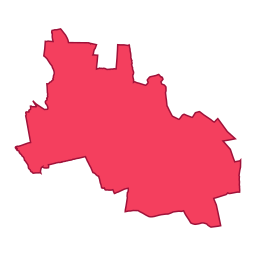 outline of Ciocani, Vaslui, Romania
{"feature_id": "2599482B54838124288595", "entity_name": "Ciocani", "entity_type": "district", "adm_level": 2, "iso_a3": "ROU", "parent_name": "Romania", "parent_adm1": "Vaslui", "projection": "natural_earth1", "projection_center": [27.58, 46.249], "detail": "fine", "context": "isolated", "style": "filled", "palette": "rose", "viewbox_px": 256, "rotation_deg": 0, "n_neighbors": 0, "source": "geoboundaries", "source_scale": "gbopen_adm2", "svg_char_len": 5601}
<svg xmlns="http://www.w3.org/2000/svg" viewBox="0 0 256 256"><path d="M125.2,211.7L128.6,211.0L130.2,211.0L133.1,210.5L138.3,210.6L139.3,211.4L142.7,213.1L146.2,215.2L149.0,216.6L150.4,216.8L151.9,216.8L154.1,216.5L159.3,215.1L161.2,214.7L165.6,214.1L168.2,214.0L170.9,213.0L173.3,211.9L178.8,211.2L181.5,211.4L183.6,210.8L185.4,214.4L186.4,216.0L188.8,219.6L190.2,221.9L190.6,222.6L190.8,222.9L192.3,223.6L194.3,224.2L195.4,224.3L198.2,223.9L199.9,223.5L201.9,222.9L203.7,223.0L206.7,223.9L207.7,225.0L208.3,225.5L210.5,226.9L211.0,227.1L218.2,226.2L220.7,225.7L218.2,213.6L216.3,204.9L214.1,199.7L213.7,198.4L217.5,197.3L224.0,195.2L226.0,194.6L227.0,193.8L227.5,193.0L227.7,192.9L227.9,192.9L228.5,193.4L229.1,193.5L229.9,193.5L237.4,192.1L239.6,192.1L239.7,190.3L239.5,186.9L239.6,186.3L239.4,185.5L239.3,184.9L239.5,181.9L239.2,179.4L239.4,176.4L239.0,175.6L239.8,170.1L240.5,167.2L240.6,163.0L240.6,160.0L239.9,160.8L239.1,161.0L234.7,161.8L233.2,157.8L230.3,149.3L223.0,141.0L229.6,139.9L235.3,138.8L227.3,131.6L217.8,118.6L216.3,120.0L214.5,122.0L213.9,121.9L212.7,121.2L210.8,119.6L203.8,114.9L199.8,111.8L199.3,111.6L195.4,112.7L192.6,117.1L192.1,117.4L190.9,117.0L186.7,115.4L184.3,114.3L183.9,114.3L182.6,115.0L182.1,115.5L179.4,119.1L179.1,119.3L178.7,119.3L172.4,116.2L171.7,115.1L169.0,109.8L168.2,108.1L167.3,106.2L167.0,106.0L166.4,99.9L166.1,98.1L165.6,93.7L165.5,92.6L166.0,90.8L166.0,90.0L166.0,88.4L165.8,88.1L166.0,87.6L165.8,86.7L164.4,85.1L163.9,84.8L162.3,84.3L161.7,83.9L161.0,82.0L161.0,81.6L161.9,80.7L163.0,79.2L162.4,77.6L162.0,77.1L161.8,77.0L161.7,77.2L161.7,77.4L160.9,76.9L158.8,74.5L158.4,74.5L156.0,75.5L150.1,76.8L149.1,77.6L148.5,78.5L147.5,79.5L147.3,79.9L147.3,80.3L147.5,80.9L148.1,82.1L148.0,82.8L147.2,83.9L145.9,85.1L145.6,85.3L138.9,83.2L136.8,82.7L134.8,81.8L134.4,81.8L134.0,82.0L133.5,82.3L133.6,80.3L133.5,79.5L132.9,77.1L132.8,76.2L132.9,74.8L133.3,74.3L133.6,73.0L133.6,72.2L133.3,71.2L133.0,70.5L132.9,70.0L132.6,69.5L132.6,68.9L132.5,68.1L132.6,67.7L132.0,66.3L131.9,65.8L131.9,65.4L131.6,64.3L131.8,64.2L131.9,63.5L132.1,63.3L131.6,60.8L131.9,60.5L131.4,59.6L130.8,57.4L130.9,56.2L130.7,53.9L130.6,53.1L130.1,50.9L130.0,49.0L129.4,46.6L129.5,46.0L129.1,44.9L128.5,45.3L127.5,45.4L124.1,44.9L120.4,44.9L117.7,44.7L117.5,49.8L117.0,58.2L116.1,68.9L115.3,68.9L114.1,68.7L113.6,69.0L113.0,68.9L112.4,69.2L112.0,69.1L111.0,69.0L110.6,69.1L110.2,69.4L109.7,69.2L109.4,69.4L107.9,69.3L107.1,69.5L106.8,69.4L105.3,68.6L104.1,68.3L103.3,68.3L102.8,68.5L101.1,68.3L100.1,68.4L99.7,68.1L99.4,68.2L98.5,68.6L98.0,68.6L96.5,69.1L96.6,66.4L97.2,61.2L97.7,55.2L95.7,55.1L93.8,54.9L92.9,54.9L93.3,54.1L93.7,51.6L94.2,49.8L94.3,49.4L95.1,48.6L96.5,44.7L90.6,43.4L90.5,43.7L90.1,43.4L89.0,43.1L88.9,42.8L68.5,42.6L68.0,40.2L67.2,38.2L65.6,35.2L61.3,29.7L60.6,28.9L56.5,29.8L54.8,29.8L53.0,30.3L52.1,30.4L51.8,31.2L51.7,32.3L51.8,33.0L52.2,33.1L52.3,34.6L52.2,36.5L52.3,37.8L52.6,39.3L53.1,41.5L49.6,41.3L48.2,41.1L47.5,41.2L46.7,41.5L45.3,41.3L44.8,48.4L43.8,55.9L44.9,56.7L46.9,58.6L50.2,63.7L52.0,66.0L52.5,67.8L53.1,68.8L53.5,69.8L54.1,71.6L54.2,72.6L54.2,73.7L54.1,74.2L53.6,75.4L53.4,76.2L53.4,76.8L53.5,77.3L53.0,78.2L53.1,78.5L52.9,78.8L53.0,79.4L53.2,79.6L53.1,79.8L51.9,80.7L51.3,81.6L49.6,82.4L49.4,82.8L49.2,83.1L48.3,83.8L46.8,83.8L46.8,84.0L47.2,84.3L47.0,84.9L47.0,85.8L47.1,86.3L47.4,92.8L47.5,92.9L47.6,93.3L47.7,94.0L47.5,95.7L47.8,96.8L47.2,97.5L47.2,98.2L46.8,98.2L46.7,98.5L47.1,99.4L46.9,100.0L46.3,100.4L45.6,101.1L45.4,101.5L45.3,102.1L45.7,103.6L46.2,104.1L46.9,105.1L47.2,105.5L47.6,106.8L47.8,107.0L47.9,108.1L47.8,108.8L47.7,109.0L47.3,109.3L45.8,109.4L44.4,109.5L37.1,104.7L35.7,103.7L33.3,101.3L33.2,101.5L33.7,102.1L35.9,105.6L36.5,106.2L36.4,106.4L36.1,106.8L33.5,106.7L32.3,106.7L31.6,106.4L31.0,106.0L30.4,106.2L30.6,107.0L30.6,108.5L30.5,109.4L29.1,110.1L28.9,110.4L29.0,111.8L28.8,112.0L26.6,111.9L25.8,112.3L25.8,112.6L25.8,113.2L26.2,114.1L26.0,115.3L25.9,115.6L25.7,115.8L26.3,118.7L30.6,142.5L28.1,143.0L20.6,145.7L17.7,146.5L17.3,146.2L16.0,146.7L16.2,146.9L16.3,147.3L15.8,147.4L15.8,147.6L15.4,147.8L15.7,148.3L16.4,148.4L17.3,148.8L17.2,149.2L16.5,149.4L17.0,150.2L17.3,150.5L17.8,150.5L18.7,150.9L19.1,151.4L19.3,152.6L19.9,153.0L20.0,153.2L20.0,153.5L20.7,154.0L20.9,154.3L21.4,154.6L22.1,156.0L23.2,156.8L23.9,157.8L24.4,159.6L24.4,160.0L24.6,160.4L24.9,160.5L26.2,162.3L27.9,164.8L28.4,166.9L28.4,167.8L28.7,168.5L30.3,170.0L30.7,171.2L31.3,171.8L32.1,172.1L32.8,173.0L33.3,173.2L35.5,172.9L39.9,172.8L40.5,172.9L40.8,173.1L40.5,172.1L40.5,171.0L41.0,168.6L41.4,167.7L41.6,167.4L42.6,166.7L42.5,167.1L44.2,167.9L46.5,168.0L48.5,167.7L48.6,167.2L48.7,165.8L48.5,165.4L48.4,164.7L49.0,164.7L50.0,164.5L55.3,163.2L55.7,163.0L56.6,162.8L58.8,162.4L60.0,162.5L61.1,162.2L61.8,162.2L61.8,161.8L62.3,161.7L64.0,161.5L65.6,161.2L65.9,161.0L67.3,160.8L69.0,160.3L69.5,160.3L71.7,159.9L72.9,159.3L74.7,159.1L75.8,158.7L77.2,158.4L78.7,158.2L85.3,156.6L85.7,157.1L85.7,157.5L86.3,158.5L87.2,160.7L88.4,162.9L89.6,165.4L90.8,167.5L92.9,172.5L93.3,172.5L93.7,172.6L93.9,173.0L94.4,173.2L94.7,173.3L95.7,174.2L96.1,174.8L96.4,174.9L97.5,175.9L98.5,176.1L98.7,176.4L99.1,178.0L99.4,178.6L100.3,182.9L101.0,184.7L101.6,187.8L102.6,187.9L102.9,188.3L104.4,188.0L105.0,189.6L105.3,189.9L105.6,189.9L106.3,190.0L107.3,189.9L108.7,190.1L111.3,190.1L112.8,189.7L114.4,193.5L114.5,193.5L115.3,193.2L116.8,192.4L118.0,192.1L124.4,189.1L127.2,188.4L128.2,188.3L128.3,189.7L128.1,191.7L127.4,192.5L127.1,196.0L127.1,196.4L127.3,197.0L127.3,198.0L126.1,205.8L125.3,210.0L125.2,211.7Z" fill="#f43f5e" stroke="#9f1239" stroke-width="1.5"/></svg>